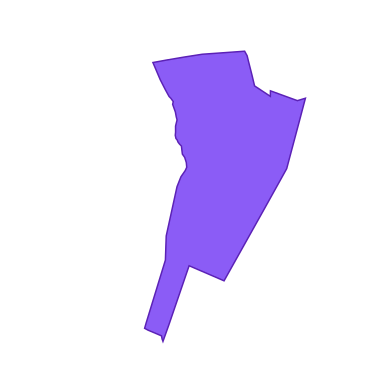 outline of São Braz do Piauí, Piauí, Brazil, rotated 200°
{"feature_id": "56859067B60100014929673", "entity_name": "São Braz do Piauí", "entity_type": "district", "adm_level": 2, "iso_a3": "BRA", "parent_name": "Brazil", "parent_adm1": "Piauí", "projection": "natural_earth1", "projection_center": [-42.969, -8.916], "detail": "fine", "context": "isolated", "style": "filled", "palette": "violet", "viewbox_px": 384, "rotation_deg": 200, "n_neighbors": 0, "source": "geoboundaries", "source_scale": "gbopen_adm2", "svg_char_len": 860}
<svg xmlns="http://www.w3.org/2000/svg" viewBox="0 0 384 384"><g transform="rotate(200 192 192)"><path d="M190.7,342.3L209.0,334.1L224.9,327.0L229.4,325.0L245.2,316.3L260.5,307.6L273.0,300.3L260.3,286.7L251.9,278.9L246.2,273.9L243.9,272.8L240.5,270.5L240.2,267.8L235.0,261.5L232.6,257.4L230.7,254.6L230.4,251.9L230.0,248.3L227.9,242.6L227.1,239.5L225.4,236.8L223.7,235.8L222.2,234.1L220.2,232.8L217.7,231.6L214.0,224.3L210.7,222.0L207.4,217.7L205.4,213.4L205.7,209.8L207.6,202.5L207.9,191.9L203.6,159.8L201.2,141.9L193.7,118.9L190.3,53.3L189.9,47.7L185.7,47.1L171.5,46.4L169.8,43.6L168.2,41.7L168.3,59.3L169.5,121.7L131.5,119.5L118.3,200.6L111.0,246.3L114.5,285.7L115.4,295.9L117.5,318.9L124.2,313.9L142.9,313.9L152.9,313.9L151.1,308.7L169.5,313.1L175.5,322.2L183.6,334.1L186.8,338.9L190.7,342.3Z" fill="#8b5cf6" stroke="#5b21b6" stroke-width="1.5"/></g></svg>